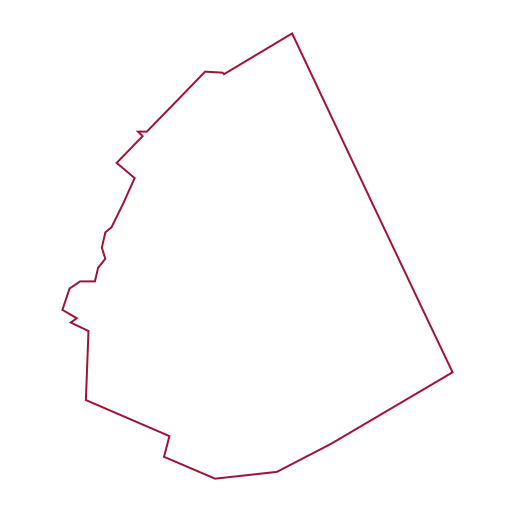 outline of Laurens, Georgia, United States of America, rotated 179°
{"feature_id": "52423323B49982915430318", "entity_name": "Laurens", "entity_type": "district", "adm_level": 2, "iso_a3": "USA", "parent_name": "United States of America", "parent_adm1": "Georgia", "projection": "albers", "projection_center": [-82.822, 32.432], "detail": "fine", "context": "isolated", "style": "outline", "palette": "rose", "viewbox_px": 512, "rotation_deg": 179, "n_neighbors": 0, "source": "geoboundaries", "source_scale": "gbopen_adm2", "svg_char_len": 567}
<svg xmlns="http://www.w3.org/2000/svg" viewBox="0 0 512 512"><g transform="rotate(179 256 256)"><path d="M118.7,262.3L136.8,302.2L216.0,477.9L284.8,438.4L286.2,439.9L303.7,441.2L331.7,413.3L363.0,382.3L371.8,382.4L367.3,377.8L393.7,351.5L376.0,336.0L388.0,310.5L399.9,287.4L406.2,282.3L410.0,267.0L406.7,255.9L414.1,246.9L417.5,233.4L432.3,233.7L443.0,226.7L450.5,205.5L436.3,196.9L442.4,192.7L424.8,183.9L428.6,114.9L345.7,77.4L351.5,56.8L300.9,34.1L238.9,39.8L183.9,67.1L61.5,136.3L92.2,203.8L118.7,262.3Z" fill="none" stroke="#9f1239" stroke-width="2"/></g></svg>